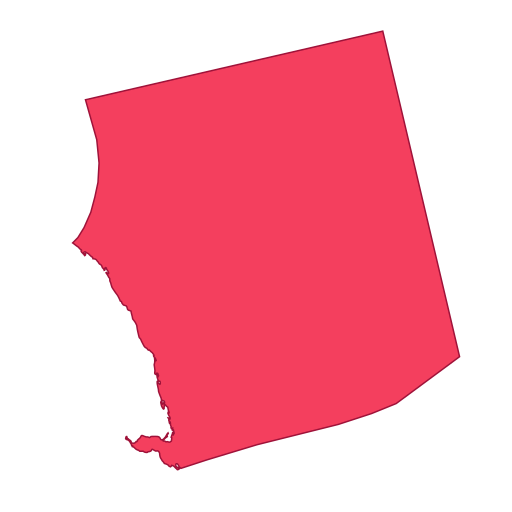 Shallatin, Al Bahr al Ahmar, Egypt (Natural Earth projection), rotated 167°
{"feature_id": "37247803B26246524516343", "entity_name": "Shallatin", "entity_type": "district", "adm_level": 2, "iso_a3": "EGY", "parent_name": "Egypt", "parent_adm1": "Al Bahr al Ahmar", "projection": "natural_earth1", "projection_center": [35.577, 23.072], "detail": "fine", "context": "isolated", "style": "filled", "palette": "rose", "viewbox_px": 512, "rotation_deg": 167, "n_neighbors": 0, "source": "geoboundaries", "source_scale": "gbopen_adm2", "svg_char_len": 5649}
<svg xmlns="http://www.w3.org/2000/svg" viewBox="0 0 512 512"><g transform="rotate(167 256 256)"><path d="M431.7,310.0L431.4,309.7L430.2,308.2L428.4,306.0L427.0,304.5L426.4,303.2L425.9,302.4L425.0,301.5L424.7,300.9L425.2,300.6L425.3,299.8L425.0,298.9L424.3,297.8L423.7,296.7L423.2,296.3L423.2,295.7L422.8,294.9L422.0,295.3L421.7,295.9L421.6,296.7L421.9,296.8L422.5,296.5L423.0,296.8L423.2,297.3L423.3,297.8L423.0,298.3L422.1,298.6L421.3,298.4L420.6,297.6L420.2,297.2L418.7,295.9L418.1,294.8L417.2,293.5L416.5,292.4L415.8,291.8L415.5,291.2L415.5,290.0L414.5,289.7L413.1,289.0L412.4,288.2L411.7,286.5L411.2,285.8L410.9,284.8L410.3,283.4L409.5,282.8L409.1,282.3L408.6,281.3L408.3,279.2L407.6,278.0L407.2,277.0L407.0,276.7L407.1,276.2L406.7,276.2L406.5,276.3L406.4,276.5L406.2,276.9L406.2,277.7L406.2,278.0L405.7,278.3L405.7,277.5L405.2,277.8L404.7,278.1L404.5,277.8L404.9,277.5L404.5,276.6L403.8,275.0L403.4,273.3L403.5,272.3L404.2,271.9L404.8,272.0L405.0,273.1L405.4,273.6L405.9,273.4L405.7,272.8L405.2,271.6L404.8,270.5L404.3,268.5L403.6,267.0L404.0,264.6L403.6,262.3L403.6,260.8L403.4,258.2L402.9,256.5L401.6,253.1L400.9,251.4L399.7,248.7L399.0,246.0L398.6,244.0L398.4,242.7L397.4,241.9L397.2,240.2L396.2,238.1L395.0,237.4L393.6,236.5L393.3,235.6L393.2,234.1L393.1,232.7L392.3,231.8L391.6,231.4L390.2,230.5L390.3,228.3L390.2,225.1L390.3,222.4L389.5,220.7L388.5,218.3L387.8,215.3L388.1,211.7L388.2,209.3L388.2,204.7L388.1,202.8L387.1,201.0L386.7,198.7L386.0,195.9L385.3,193.3L384.5,191.8L383.1,190.6L382.5,189.1L382.0,188.5L381.0,188.3L380.0,186.6L378.8,185.1L378.0,183.2L377.7,182.2L378.3,181.8L378.1,180.8L377.7,180.0L377.1,179.0L376.9,177.8L376.8,176.6L377.4,176.4L377.6,177.1L377.6,178.1L377.7,178.8L377.9,178.9L378.0,178.2L378.1,177.2L378.7,175.0L379.7,172.9L379.9,170.3L380.1,168.3L380.3,166.9L381.0,164.8L381.0,163.9L380.4,163.3L380.1,163.0L379.8,163.1L379.3,164.1L378.7,164.1L378.1,163.6L377.9,161.2L378.2,160.9L378.4,160.6L378.8,161.2L378.7,162.2L379.0,162.6L379.3,162.4L379.6,160.2L379.4,157.6L378.8,155.9L377.7,155.4L377.7,154.3L378.0,153.0L378.6,152.6L379.3,153.3L379.8,154.3L379.9,155.1L380.1,155.9L380.3,156.1L380.6,155.8L381.0,153.7L381.1,148.2L381.4,145.8L381.0,142.5L380.4,138.8L380.5,137.9L380.4,136.9L379.6,136.3L378.7,135.6L378.0,135.1L378.0,133.8L378.3,133.0L378.8,133.0L379.2,133.7L379.6,133.7L379.7,133.0L380.2,132.5L380.7,133.0L380.9,134.0L380.8,134.7L380.5,135.4L381.0,135.9L381.7,135.0L381.8,133.5L381.8,131.2L381.4,129.6L381.0,128.4L380.6,127.7L379.9,127.9L379.5,129.5L379.0,130.4L378.8,131.3L378.4,131.7L377.9,131.5L377.4,130.7L377.0,129.7L376.0,128.6L376.1,124.9L375.8,123.3L376.2,122.7L376.5,123.0L376.9,123.3L377.2,122.5L377.0,121.1L376.7,119.8L376.4,119.0L376.1,117.9L376.2,117.0L376.6,116.5L377.0,116.9L377.4,117.7L378.0,118.0L377.7,116.8L377.7,115.7L378.0,115.2L377.8,114.2L378.0,112.9L377.8,112.3L377.3,112.4L377.3,113.3L377.2,113.8L376.9,113.4L377.0,112.2L377.3,110.6L377.2,109.5L377.0,108.8L377.4,108.1L377.3,106.9L376.9,106.6L376.5,107.0L376.0,107.1L375.9,107.1L376.2,106.1L376.4,105.8L376.7,105.6L376.7,105.1L375.6,105.0L375.6,103.4L375.6,101.7L376.1,101.2L376.3,101.8L376.4,102.5L376.9,102.8L377.4,101.8L377.2,101.2L377.1,100.4L377.4,100.5L378.0,100.8L378.6,99.9L379.1,99.0L379.4,98.7L379.5,98.5L379.0,98.0L379.2,97.1L379.6,95.9L380.1,94.7L380.6,94.5L380.9,94.4L382.0,94.0L382.9,94.3L383.7,94.9L384.6,95.1L385.5,95.1L386.0,95.7L386.6,96.2L387.3,96.3L387.8,96.5L388.2,96.9L388.3,97.3L388.0,97.6L387.1,97.8L386.2,98.4L385.2,99.1L384.6,99.3L383.4,99.8L383.1,100.0L382.9,100.2L383.0,100.7L383.7,100.8L383.1,101.3L382.5,101.9L381.4,102.8L381.5,103.4L382.5,102.7L383.8,101.3L384.9,100.1L386.3,99.1L387.0,98.6L388.1,98.1L389.2,98.1L389.8,98.3L390.2,99.1L390.5,100.3L391.2,101.5L392.3,102.2L394.4,102.8L398.0,103.6L399.0,103.7L399.7,103.3L400.5,103.0L401.5,103.6L402.3,104.1L403.6,104.4L404.5,104.9L405.8,105.7L406.8,106.5L407.7,106.8L408.4,106.5L409.4,105.3L410.5,104.5L411.6,104.0L413.0,103.1L413.2,102.4L414.1,101.9L414.5,102.2L414.9,101.9L415.7,101.4L416.2,101.1L416.9,101.0L418.3,101.4L419.1,101.8L419.5,102.1L419.8,102.7L419.7,103.2L419.4,103.4L419.8,104.4L420.5,105.0L421.0,105.6L421.6,106.6L422.1,106.9L422.5,107.2L422.5,107.7L422.4,108.5L422.6,109.2L423.1,109.2L423.6,108.5L424.1,107.4L423.8,106.6L423.1,106.1L422.0,105.5L421.3,104.6L420.7,103.4L420.4,102.2L420.0,101.2L419.8,100.0L419.8,99.2L419.4,99.0L418.9,98.8L418.9,98.3L419.2,98.0L418.0,97.2L417.5,96.4L416.4,94.8L415.2,93.7L414.2,93.2L413.7,92.6L413.3,92.0L412.4,91.7L411.4,91.5L410.5,91.3L409.9,91.2L409.1,90.3L408.2,89.7L407.2,89.3L406.4,89.1L405.8,89.2L405.4,89.5L404.6,89.5L404.0,89.4L402.8,89.5L402.2,89.7L401.7,90.1L401.4,90.5L401.1,90.9L400.8,91.0L400.5,91.0L400.1,90.8L399.5,90.2L398.8,89.5L397.7,88.6L397.4,88.4L396.7,88.4L395.8,88.3L395.3,87.9L394.7,87.2L394.4,86.2L394.3,85.3L394.5,84.2L394.6,82.5L394.5,81.0L393.9,79.2L393.4,77.5L392.7,76.4L392.2,75.2L392.0,74.5L391.0,73.9L390.0,73.3L388.8,72.3L388.1,70.9L387.5,70.3L386.7,69.8L386.1,70.1L385.2,71.0L384.4,70.5L383.4,69.8L382.6,68.5L382.1,67.6L381.4,66.7L381.1,66.2L380.7,65.5L380.4,65.4L380.0,65.4L379.5,65.5L378.9,65.8L378.5,65.9L378.3,66.0L378.2,66.3L378.3,66.7L378.5,66.9L378.9,66.7L379.3,66.8L379.5,67.2L379.8,67.5L380.3,68.0L380.8,68.4L381.1,68.7L381.3,69.6L381.2,70.3L381.0,71.1L380.7,71.3L380.3,71.5L379.6,71.3L379.2,70.9L379.0,70.4L378.7,69.6L378.5,68.8L378.4,68.2L378.3,67.8L378.1,67.5L377.6,67.0L377.3,66.6L376.8,66.0L376.7,66.0L349.7,68.4L297.5,71.9L213.6,73.4L178.8,76.5L152.6,80.7L80.3,112.1L81.9,446.6L387.0,446.6L385.0,405.1L388.0,381.9L393.4,363.3L399.7,349.8L407.1,335.8L417.1,322.4L425.4,314.0L431.7,310.0Z" fill="#f43f5e" stroke="#9f1239" stroke-width="1.5"/></g></svg>